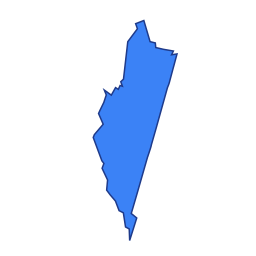 the district of Sullivan, Tennessee, United States of America, rotated 106°
{"feature_id": "52423323B3729306019568", "entity_name": "Sullivan", "entity_type": "district", "adm_level": 2, "iso_a3": "USA", "parent_name": "United States of America", "parent_adm1": "Tennessee", "projection": "robinson", "projection_center": [-82.288, 36.504], "detail": "fine", "context": "isolated", "style": "filled", "palette": "blue", "viewbox_px": 256, "rotation_deg": 106, "n_neighbors": 0, "source": "geoboundaries", "source_scale": "gbopen_adm2", "svg_char_len": 912}
<svg xmlns="http://www.w3.org/2000/svg" viewBox="0 0 256 256"><g transform="rotate(106 128 128)"><path d="M133.3,100.9L120.8,100.9L120.1,100.9L78.3,101.2L75.4,100.9L73.3,100.8L56.8,101.1L55.4,101.1L55.1,101.1L43.3,101.3L45.6,106.3L41.5,105.6L42.6,115.7L43.0,123.5L38.7,125.2L38.9,130.6L20.3,142.4L25.6,149.4L30.0,146.3L45.1,152.0L82.3,145.8L85.5,147.7L89.4,144.9L89.3,147.3L93.5,148.0L92.6,151.1L101.0,153.1L98.1,161.2L102.2,158.0L110.1,158.3L119.3,159.9L122.2,160.3L131.2,152.9L143.6,158.5L146.7,158.8L166.7,144.1L168.7,141.4L173.9,141.8L183.6,133.3L193.6,131.4L197.1,126.8L201.7,119.9L209.9,113.8L210.8,109.1L223.8,103.1L224.7,99.0L235.7,95.4L212.1,94.8L209.3,101.3L188.3,101.2L157.3,101.2L156.5,101.2L156.0,101.2L150.3,101.2L149.5,101.1L148.6,101.1L146.7,101.0L141.3,100.8L141.2,100.8L138.6,100.8L138.1,100.9L137.6,100.9L137.3,100.9L133.3,100.9Z" fill="#3b82f6" stroke="#1e3a8a" stroke-width="1.5"/></g></svg>